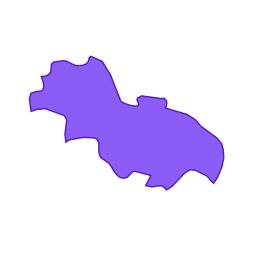 SVG path tracing the border of Lecco, rotated 117°
{"feature_id": "ITA-5453", "entity_name": "Lecco", "entity_type": "Province", "adm_level": 1, "iso_a3": "ITA", "parent_name": "Italy", "parent_adm1": "", "projection": "robinson", "projection_center": [9.388, 45.907], "detail": "fine", "context": "isolated", "style": "filled", "palette": "violet", "viewbox_px": 256, "rotation_deg": 117, "n_neighbors": 0, "source": "natural_earth", "source_scale": "10m", "svg_char_len": 1197}
<svg xmlns="http://www.w3.org/2000/svg" viewBox="0 0 256 256"><g transform="rotate(117 128 128)"><path d="M171.3,86.1L159.9,86.0L163.5,102.6L164.8,104.0L172.2,106.3L174.8,109.0L175.6,112.4L175.0,116.1L173.5,119.7L169.0,127.1L167.9,129.7L167.0,137.6L165.9,140.1L162.7,143.0L154.4,147.3L151.9,150.9L152.3,154.1L156.5,163.3L165.1,174.8L168.7,177.0L162.0,181.4L148.5,186.3L145.8,190.7L148.4,210.7L152.6,217.3L157.1,221.9L146.8,229.1L141.0,230.2L137.0,226.0L134.0,221.6L130.0,221.5L125.6,224.3L121.4,228.6L119.6,225.4L116.6,223.1L113.3,222.2L105.8,225.2L103.0,224.2L97.3,216.0L96.4,212.9L96.3,204.4L94.9,200.1L92.5,196.6L89.8,194.3L86.7,193.5L82.9,194.4L81.0,193.6L80.4,181.2L88.6,167.8L107.3,146.7L107.7,143.2L107.1,137.7L105.6,132.3L103.8,129.2L102.0,129.1L99.1,132.5L97.0,133.2L93.2,130.4L86.9,112.2L86.3,111.3L85.8,110.6L85.3,109.9L85.3,108.6L86.3,106.1L88.4,104.6L90.9,103.9L93.1,103.9L92.2,97.9L89.1,81.8L90.1,71.6L93.3,63.9L96.6,44.1L99.4,37.5L104.3,33.2L111.0,29.2L120.2,26.6L123.7,26.4L131.2,25.8L138.3,26.6L138.0,28.5L134.9,35.9L135.1,48.8L136.9,53.5L141.7,56.8L160.4,62.4L165.6,65.5L163.9,71.0L166.2,75.3L169.6,79.9L171.3,86.1Z" fill="#8b5cf6" stroke="#5b21b6" stroke-width="1.5"/></g></svg>